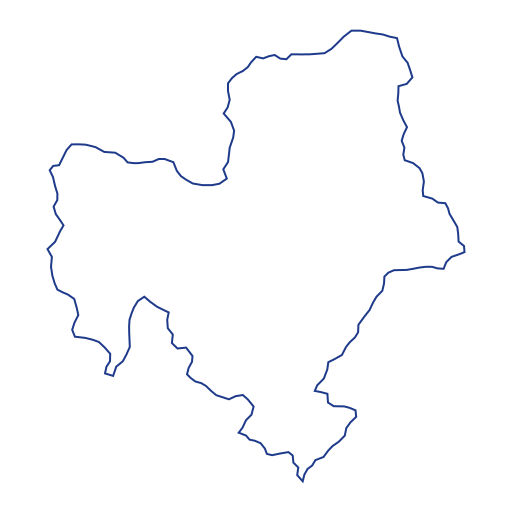 outline of Coqueiral, Minas Gerais, Brazil
{"feature_id": "56859067B68228561117509", "entity_name": "Coqueiral", "entity_type": "district", "adm_level": 2, "iso_a3": "BRA", "parent_name": "Brazil", "parent_adm1": "Minas Gerais", "projection": "mercator", "projection_center": [-45.418, -21.178], "detail": "fine", "context": "isolated", "style": "outline", "palette": "blue", "viewbox_px": 512, "rotation_deg": 0, "n_neighbors": 0, "source": "geoboundaries", "source_scale": "gbopen_adm2", "svg_char_len": 2945}
<svg xmlns="http://www.w3.org/2000/svg" viewBox="0 0 512 512"><path d="M301.5,54.4L291.4,54.3L286.4,59.2L280.3,58.6L274.7,55.0L269.0,56.2L263.1,58.4L256.2,56.8L251.0,62.4L247.8,67.1L243.0,70.9L236.7,74.0L232.0,78.1L228.0,83.3L228.0,91.0L229.7,99.8L227.7,107.3L223.7,113.5L230.9,121.9L234.1,130.6L233.2,137.5L229.7,147.7L228.9,154.9L228.0,162.1L223.3,169.3L226.8,178.6L219.5,183.7L212.3,185.1L202.2,185.1L192.8,183.5L186.1,179.7L180.9,176.1L176.8,170.8L173.4,162.2L164.6,159.0L158.8,159.0L152.4,161.8L145.2,162.2L138.5,163.1L133.2,163.1L127.6,162.4L123.6,157.8L115.2,152.7L104.2,151.9L95.5,147.1L85.9,144.7L78.3,144.3L71.6,144.4L66.6,150.0L62.3,158.7L59.1,165.2L53.2,165.9L49.7,170.2L53.0,177.1L55.1,186.1L57.4,193.6L57.3,200.1L53.6,206.6L55.8,214.1L60.3,220.5L63.5,225.4L59.9,231.6L55.1,241.8L47.5,249.1L51.9,256.9L51.0,266.8L52.4,275.8L54.7,283.4L57.4,289.6L62.6,292.3L67.8,294.5L74.2,298.9L76.6,307.3L78.3,315.1L74.5,322.6L72.2,329.8L74.9,336.7L85.3,337.9L92.9,339.8L98.9,342.0L104.8,347.6L110.2,353.8L110.0,361.3L106.5,366.6L105.0,373.4L113.1,375.9L116.3,366.6L122.8,361.3L126.2,355.0L129.8,347.0L129.5,339.5L129.2,332.9L129.1,326.6L129.5,319.8L131.7,313.0L133.8,307.7L137.8,301.1L144.3,296.7L150.1,301.7L157.0,306.7L163.8,310.1L168.7,312.4L167.2,319.8L167.8,328.2L172.8,334.5L171.9,343.1L177.5,348.5L186.1,347.6L192.5,356.0L192.0,361.8L188.7,367.8L187.0,374.3L190.8,378.1L195.4,381.5L201.2,383.1L205.9,385.9L211.1,390.9L216.3,395.2L223.1,397.4L228.9,399.3L235.6,396.2L242.8,395.0L247.7,399.3L253.6,406.5L251.5,414.7L246.0,420.2L242.5,427.7L238.7,432.7L246.0,435.5L249.5,439.6L255.0,440.8L260.6,443.2L264.9,448.6L266.9,453.9L272.1,455.2L279.7,453.6L288.4,452.1L292.7,455.5L293.4,462.6L298.3,467.5L297.2,475.1L302.7,481.3L304.4,474.5L307.6,468.9L312.2,465.5L315.4,460.1L323.5,457.0L328.3,450.5L332.6,446.0L338.7,441.8L344.8,435.6L346.3,428.1L350.3,422.5L356.2,416.8L355.5,410.3L349.5,407.8L344.2,406.4L333.7,406.2L328.0,402.5L327.4,393.8L320.9,392.1L314.8,390.9L317.2,385.3L323.9,378.5L327.3,369.4L328.3,362.2L334.0,359.4L341.9,355.0L346.0,347.0L349.7,342.3L354.9,337.5L358.1,332.3L358.4,324.8L364.2,316.8L369.5,310.1L373.0,302.7L376.5,296.7L382.3,290.8L384.0,283.7L384.4,276.6L388.3,272.7L394.0,270.2L406.7,269.9L413.1,268.8L419.8,267.5L425.6,266.8L432.0,266.8L437.6,268.4L443.6,268.8L446.3,262.1L451.5,256.9L459.6,254.1L464.5,252.1L464.0,246.0L458.6,241.6L458.2,234.2L457.3,227.0L453.6,220.7L449.5,213.8L448.0,208.2L445.3,203.2L438.0,202.6L432.3,198.6L423.2,196.0L422.7,190.1L423.9,181.5L422.4,173.3L419.5,168.1L413.1,163.1L404.7,160.2L403.3,154.6L404.4,147.7L401.7,140.7L403.7,134.1L407.0,127.2L403.3,120.3L400.0,112.6L398.9,106.3L397.6,100.7L398.3,93.3L398.5,86.2L406.7,83.9L412.4,77.4L410.0,69.7L407.6,62.8L402.4,56.4L399.1,46.6L397.0,38.1L389.9,36.7L382.9,34.5L375.5,33.4L369.0,32.2L360.8,30.7L351.4,30.7L343.7,36.7L337.6,42.9L331.5,48.8L324.5,53.2L318.0,53.7L310.0,54.3L301.5,54.4Z" fill="none" stroke="#1e3a8a" stroke-width="2"/></svg>